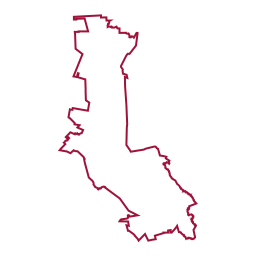 Riva Palacio, Chihuahua, Mexico
{"feature_id": "50627088B7033951522319", "entity_name": "Riva Palacio", "entity_type": "district", "adm_level": 2, "iso_a3": "MEX", "parent_name": "Mexico", "parent_adm1": "Chihuahua", "projection": "mercator", "projection_center": [-106.489, 28.847], "detail": "fine", "context": "isolated", "style": "outline", "palette": "rose", "viewbox_px": 256, "rotation_deg": 0, "n_neighbors": 0, "source": "geoboundaries", "source_scale": "gbopen_adm2", "svg_char_len": 5739}
<svg xmlns="http://www.w3.org/2000/svg" viewBox="0 0 256 256"><path d="M138.6,240.6L145.0,234.0L148.3,240.6L152.4,239.7L155.7,239.2L154.9,235.7L163.9,233.0L163.7,232.6L168.1,232.6L168.1,230.5L170.6,230.1L170.4,232.6L171.6,232.6L174.7,229.2L176.2,227.3L177.1,225.9L178.9,232.1L179.5,232.2L179.8,232.0L180.8,232.4L181.1,232.6L181.2,233.3L182.4,234.2L182.8,234.6L183.7,234.8L183.6,235.2L184.0,235.5L184.2,235.8L184.4,235.9L184.4,236.0L184.5,236.3L184.3,236.4L184.4,236.5L184.9,236.6L185.4,236.9L185.7,237.8L185.9,238.0L186.1,238.7L186.5,238.4L186.8,238.6L187.2,238.6L187.6,238.3L187.9,238.5L188.1,238.5L188.4,238.2L188.5,237.7L190.1,238.0L190.5,238.6L191.4,238.4L191.8,239.0L192.1,238.9L192.3,239.1L192.6,239.1L192.8,238.8L193.3,238.7L193.7,238.8L195.1,237.3L193.5,230.0L196.0,225.6L195.3,224.5L195.0,224.6L194.7,224.4L194.5,224.6L194.4,224.3L194.2,224.0L193.2,223.4L193.3,223.2L193.1,222.6L192.8,222.4L192.7,222.2L192.9,222.1L192.9,221.7L192.7,221.7L192.3,221.8L191.8,221.6L191.9,221.0L191.8,220.7L191.8,220.2L191.6,220.1L191.6,219.8L191.4,219.5L191.6,219.5L192.1,219.7L192.2,219.4L192.1,219.0L192.3,219.1L192.7,218.7L192.7,218.2L192.9,217.9L192.8,217.2L192.9,216.4L193.0,216.4L192.8,216.1L193.2,216.2L193.3,216.0L193.1,215.8L192.9,215.8L192.6,215.3L192.3,215.0L192.3,214.9L191.8,214.8L191.5,214.4L190.8,214.5L190.1,214.7L189.5,214.8L189.2,215.0L189.0,215.3L188.6,215.3L188.4,215.2L188.1,214.6L188.3,213.4L188.1,213.2L188.2,212.8L187.9,212.5L187.4,211.5L187.8,210.5L187.5,210.0L187.7,209.9L187.5,209.6L187.6,209.0L187.8,208.8L188.2,208.9L188.3,209.1L188.2,209.3L188.4,209.5L188.7,209.4L188.6,209.0L188.8,208.8L188.8,208.6L188.7,208.6L188.9,208.4L188.9,208.2L188.7,208.0L189.2,207.9L189.2,207.6L188.9,207.5L189.2,207.2L189.2,206.9L189.4,206.5L189.3,206.2L196.3,203.5L195.1,202.0L194.5,201.7L194.2,201.0L194.0,200.9L194.0,200.4L193.6,200.2L193.7,199.6L193.0,198.8L192.8,197.9L192.4,197.8L192.2,197.3L192.0,197.1L192.1,196.7L191.6,196.1L191.3,196.1L191.2,195.9L190.8,195.9L190.8,195.6L190.7,195.5L190.7,195.0L190.4,195.0L189.9,194.8L190.0,194.7L189.8,194.7L189.2,194.6L188.9,194.2L189.1,194.0L189.0,193.8L188.8,193.7L188.5,193.8L188.0,193.2L187.6,193.4L187.4,192.8L187.1,192.5L187.0,192.3L186.3,192.2L186.0,192.3L185.8,191.6L185.3,191.1L184.6,191.2L184.4,191.2L184.3,191.4L183.9,191.2L183.8,191.3L183.2,191.4L183.4,190.8L183.3,190.2L182.9,190.2L182.1,189.4L181.9,189.4L181.7,189.2L181.4,189.2L181.0,188.8L181.0,188.6L180.7,188.6L180.6,188.3L180.7,187.8L180.0,187.3L179.9,186.6L178.6,185.1L177.1,183.9L175.4,180.6L171.7,178.3L171.6,177.5L170.9,176.9L170.8,176.5L170.3,176.1L169.9,175.4L169.9,174.9L169.7,174.7L169.8,174.4L169.7,173.7L169.2,172.6L169.4,172.3L169.1,171.9L169.1,171.1L168.6,170.9L168.6,170.7L168.1,170.1L168.1,169.5L167.8,169.5L167.3,169.2L167.0,169.3L166.7,169.2L166.3,168.5L165.9,168.4L165.4,168.0L165.3,167.6L165.4,166.4L165.1,165.7L164.8,165.2L164.4,165.0L164.3,164.4L164.0,164.3L163.5,164.3L163.5,164.1L163.4,163.6L163.5,163.4L163.9,163.2L164.4,163.1L164.9,163.2L165.1,163.5L165.6,163.5L166.3,162.5L166.7,162.2L167.1,162.4L167.7,162.5L168.1,162.8L168.5,162.8L168.6,163.3L168.8,163.4L168.8,163.2L169.0,163.5L169.1,163.3L169.3,163.2L169.0,162.4L169.2,161.1L169.4,160.7L165.8,158.4L166.4,156.8L163.7,156.1L159.9,155.5L159.5,154.0L158.1,149.1L157.8,148.9L157.8,148.7L156.8,148.3L156.5,147.7L156.1,147.3L156.1,147.1L155.1,146.5L154.1,146.6L145.9,148.6L143.8,149.6L130.8,151.7L129.6,149.6L126.4,145.0L126.8,127.6L127.2,124.2L126.4,105.1L125.1,86.4L124.9,77.0L127.3,77.9L126.6,74.8L123.0,73.7L122.6,71.1L122.8,69.4L121.1,67.1L121.0,66.0L126.3,55.6L127.7,53.8L129.6,53.8L136.0,45.5L137.7,32.2L137.2,33.0L136.5,33.0L136.3,33.2L134.8,36.1L134.4,36.6L134.2,36.7L134.2,37.1L133.9,37.6L133.2,36.7L132.9,36.7L132.7,36.5L132.2,36.6L131.8,36.3L131.5,36.5L131.3,36.8L130.8,37.1L130.8,37.3L130.2,37.4L129.4,37.2L129.4,36.6L129.6,35.4L129.2,35.1L129.0,34.6L128.7,33.6L128.4,33.4L127.5,33.7L126.6,33.5L126.0,33.1L125.9,33.2L125.4,33.0L125.5,32.8L119.5,32.9L119.5,28.4L117.4,28.4L116.5,26.6L114.3,27.6L113.6,27.6L111.9,27.5L111.9,26.8L111.5,26.5L110.3,26.9L110.0,26.6L109.4,26.6L109.2,26.5L108.0,26.7L107.7,26.9L107.7,25.6L107.6,25.4L108.0,24.5L108.0,24.3L108.5,24.1L108.4,23.8L108.7,23.8L109.2,22.7L109.2,22.1L109.1,21.9L109.3,21.5L109.4,21.2L109.7,20.8L110.2,20.5L106.5,20.5L106.4,17.4L101.0,17.5L101.0,15.4L73.9,16.8L73.9,18.5L74.4,18.8L74.4,19.1L73.9,19.2L73.9,19.5L76.4,19.5L76.4,18.8L84.6,18.5L88.1,31.4L78.7,31.4L78.7,31.9L74.8,31.9L75.1,34.4L75.6,48.8L82.5,54.1L73.5,76.4L76.8,77.0L77.9,73.2L78.6,73.4L77.7,77.2L85.3,79.4L85.6,88.3L85.6,91.4L85.9,100.3L89.3,102.6L87.9,110.7L72.7,108.1L72.4,109.8L70.4,109.6L69.9,109.4L68.5,117.2L68.7,117.5L69.7,118.1L69.8,118.3L70.2,118.5L74.7,123.1L74.5,124.3L79.5,125.2L77.4,127.5L83.1,130.0L81.7,133.1L80.8,133.3L79.9,133.8L79.3,133.9L78.9,134.6L77.4,133.4L77.1,134.1L75.3,133.3L74.9,134.3L70.4,132.3L65.8,137.1L67.2,138.4L68.3,137.3L69.1,138.1L67.5,139.7L67.8,139.8L67.4,140.4L66.8,140.6L66.3,140.5L66.2,140.6L65.6,140.8L65.1,141.2L64.7,142.0L63.9,142.6L65.3,144.1L60.5,149.1L59.7,150.2L66.3,151.4L66.5,151.3L70.5,153.2L72.7,151.1L73.2,150.8L73.6,150.3L75.1,151.1L77.6,151.3L83.7,157.1L83.9,158.1L84.2,158.6L84.4,158.6L84.7,159.0L84.6,159.3L84.2,159.6L84.8,162.7L88.8,177.5L92.6,181.0L93.6,182.9L93.5,184.5L95.1,186.6L95.0,186.8L96.6,187.7L98.4,188.4L97.7,190.0L99.7,188.2L100.3,188.6L100.8,188.5L101.4,187.4L103.4,186.6L104.8,186.8L105.2,187.2L105.0,187.5L119.8,198.5L128.6,210.7L137.6,215.3L129.8,216.6L129.5,215.8L128.8,215.2L128.2,215.1L127.8,215.4L128.0,217.8L126.9,218.6L121.6,219.3L120.9,219.5L120.5,219.9L119.6,221.3L128.1,221.5L128.8,225.8L126.5,225.3L128.0,230.8L129.0,230.8L133.8,234.3L135.0,235.7L134.9,235.8L137.8,239.0L138.6,240.6Z" fill="none" stroke="#9f1239" stroke-width="2"/></svg>